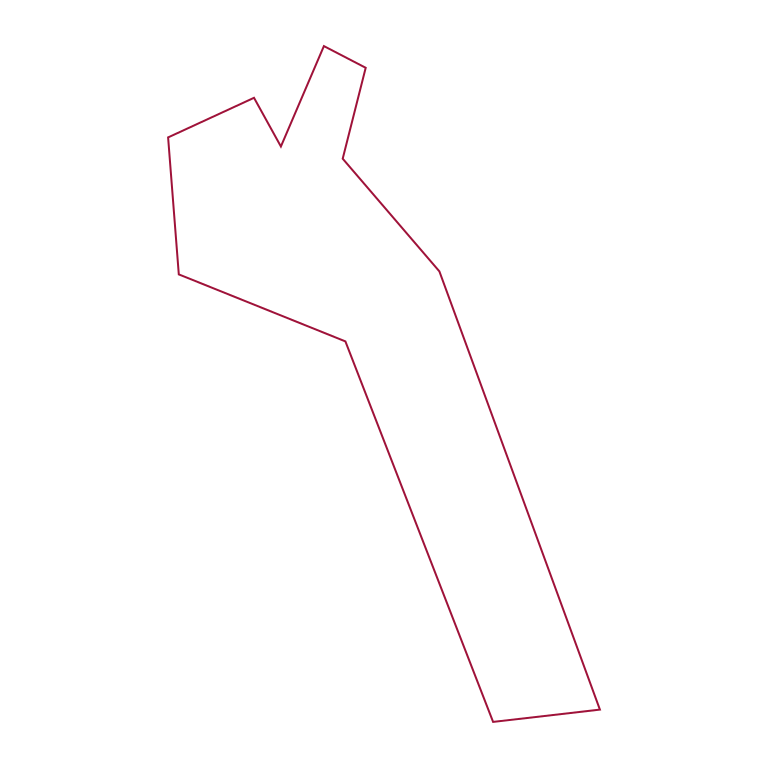 Kapoeta South, Eastern Equatoria, South Sudan (Robinson projection)
{"feature_id": "79223893B10541432646171", "entity_name": "Kapoeta South", "entity_type": "district", "adm_level": 2, "iso_a3": "SSD", "parent_name": "South Sudan", "parent_adm1": "Eastern Equatoria", "projection": "robinson", "projection_center": [33.621, 4.545], "detail": "fine", "context": "isolated", "style": "outline", "palette": "rose", "viewbox_px": 768, "rotation_deg": 0, "n_neighbors": 0, "source": "geoboundaries", "source_scale": "gbopen_adm2", "svg_char_len": 268}
<svg xmlns="http://www.w3.org/2000/svg" viewBox="0 0 768 768"><path d="M168.1,137.4L178.8,274.4L345.4,341.4L493.1,721.9L599.9,709.6L439.4,271.4L342.7,158.7L365.7,67.8L323.9,46.1L280.9,146.5L254.0,97.8L168.1,137.4Z" fill="none" stroke="#9f1239" stroke-width="2"/></svg>